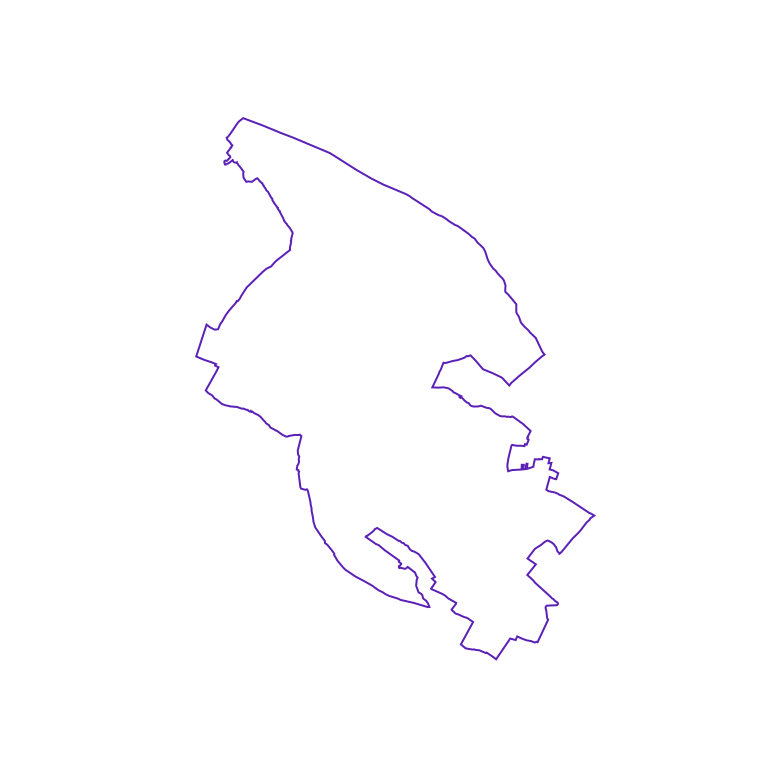 the district of Dolhesti, Iasi, Romania, rotated 329°
{"feature_id": "2599482B27646337618827", "entity_name": "Dolhesti", "entity_type": "district", "adm_level": 2, "iso_a3": "ROU", "parent_name": "Romania", "parent_adm1": "Iasi", "projection": "albers", "projection_center": [27.913, 46.869], "detail": "fine", "context": "isolated", "style": "outline", "palette": "violet", "viewbox_px": 768, "rotation_deg": 329, "n_neighbors": 0, "source": "geoboundaries", "source_scale": "gbopen_adm2", "svg_char_len": 6155}
<svg xmlns="http://www.w3.org/2000/svg" viewBox="0 0 768 768"><g transform="rotate(329 384 384)"><path d="M400.2,83.6L395.2,84.2L393.2,84.8L380.8,90.5L377.8,91.7L376.0,91.9L375.6,93.9L376.6,98.1L376.5,99.5L376.9,101.3L376.2,101.5L375.5,102.2L375.0,102.2L374.8,102.6L374.2,102.4L373.9,102.8L368.6,104.9L368.8,107.6L369.4,109.5L369.1,110.3L367.3,111.1L366.4,111.1L364.6,111.8L364.2,111.8L363.3,110.8L362.1,110.8L361.4,111.5L361.3,112.4L360.9,112.9L360.7,113.9L361.4,114.4L365.3,114.7L369.7,114.1L369.7,114.4L369.2,114.9L369.6,116.6L371.0,118.1L372.0,118.2L371.7,118.6L372.0,119.8L371.9,120.7L372.6,125.0L373.0,129.7L371.7,131.1L369.9,134.7L370.0,139.5L370.1,139.8L371.9,140.4L375.0,142.7L379.5,142.2L381.4,142.4L382.3,147.4L382.7,148.2L382.7,148.8L383.1,149.3L382.8,150.6L383.1,151.7L382.8,152.1L383.1,155.4L382.9,157.3L383.6,159.7L383.3,164.6L383.5,166.0L383.3,166.7L383.7,167.6L383.0,169.0L383.0,170.2L383.2,170.9L382.9,171.7L383.2,172.7L383.1,173.7L383.4,175.7L383.4,177.8L383.7,177.9L383.8,178.4L383.3,178.8L383.4,181.7L383.7,182.0L383.3,183.6L383.0,189.8L382.5,192.2L382.7,192.6L382.5,193.0L382.6,194.5L383.1,197.1L383.0,198.1L383.6,201.4L383.7,204.9L383.5,205.7L383.7,206.5L383.4,207.7L379.6,211.4L379.0,212.1L378.8,212.7L378.1,213.0L377.6,214.4L373.3,219.0L372.6,220.7L354.4,223.0L347.6,225.1L342.8,224.6L337.9,225.4L316.1,230.5L306.9,235.0L304.2,236.7L301.3,237.7L300.9,237.7L300.4,237.1L298.5,238.2L288.9,241.3L283.9,243.4L278.3,246.6L274.3,248.4L270.1,251.6L268.0,250.8L266.6,249.9L264.2,246.0L262.5,241.7L237.2,263.7L242.0,270.3L248.2,277.6L250.2,280.4L249.1,280.6L248.7,281.4L250.8,284.3L247.7,286.4L227.9,297.7L228.7,301.3L230.8,305.2L231.3,309.0L232.6,311.3L234.8,317.7L236.9,320.3L240.8,324.1L246.2,328.0L249.2,331.7L251.1,332.9L252.7,335.2L253.9,336.0L253.9,337.1L254.5,338.1L255.1,338.8L256.0,338.5L256.1,339.7L257.0,339.9L257.6,342.0L260.0,345.5L261.2,348.3L262.1,353.3L262.6,354.9L262.7,357.1L264.2,360.0L264.2,362.8L266.4,366.3L267.2,368.1L268.0,368.7L270.6,374.9L272.7,378.3L274.3,379.5L275.6,379.5L281.3,381.7L284.4,383.7L285.8,384.1L286.4,386.1L275.8,396.6L274.1,400.1L274.0,402.5L271.9,404.9L271.3,406.8L269.1,408.7L267.7,409.3L265.2,412.3L266.2,413.6L265.8,414.2L266.1,415.4L264.8,416.6L259.1,429.6L259.1,431.1L262.1,434.2L263.7,434.6L263.8,436.2L260.1,447.5L259.1,449.4L257.9,453.2L256.6,455.5L254.4,461.7L252.6,465.8L251.2,471.6L251.8,482.3L252.5,487.9L251.4,490.2L252.2,491.4L252.7,493.2L253.6,499.3L254.0,503.5L253.9,504.1L253.2,504.8L253.1,511.4L254.5,520.5L255.3,523.4L260.3,534.2L265.1,542.1L270.2,551.1L272.2,556.1L273.7,559.0L275.5,561.6L277.0,564.8L279.2,568.2L285.2,574.9L287.1,577.7L296.9,587.1L305.9,597.0L307.1,598.1L308.1,598.5L308.7,594.9L308.6,591.8L307.1,588.0L308.1,584.8L307.8,583.0L306.3,580.4L307.7,573.4L311.1,568.8L313.1,567.2L312.9,565.0L313.5,561.6L310.1,553.0L308.0,553.4L306.7,553.2L303.8,550.3L302.4,549.7L302.3,549.1L302.6,548.3L303.1,547.8L303.9,548.0L305.9,547.3L306.2,546.7L305.1,544.1L306.1,543.2L299.0,526.8L296.4,519.3L294.6,516.9L289.6,505.6L290.5,505.2L291.5,505.5L297.8,504.8L299.9,504.4L301.2,503.7L304.0,503.9L309.1,514.1L312.6,519.5L315.8,526.1L316.7,526.6L317.8,529.6L318.9,530.5L319.2,532.7L321.0,535.0L321.0,538.8L321.9,541.4L323.6,543.2L326.1,547.7L327.4,558.4L328.3,575.7L324.9,575.5L326.2,580.4L319.0,583.7L319.1,584.3L325.8,593.9L327.4,596.8L328.7,601.0L333.1,608.8L332.5,609.5L325.7,612.2L325.8,613.3L326.7,615.7L326.7,616.4L327.2,617.8L328.8,619.5L332.4,624.7L334.9,627.5L337.8,633.9L315.8,646.8L317.8,652.6L323.2,657.3L324.6,657.9L325.6,659.2L328.4,661.2L332.8,667.2L333.6,667.1L336.5,673.1L338.3,677.7L361.1,667.2L365.0,671.3L368.2,669.0L371.7,674.1L374.5,677.4L377.5,680.0L380.1,683.2L382.3,683.7L382.7,684.4L403.3,670.6L403.3,668.6L406.5,661.6L407.1,659.2L407.9,658.2L409.3,657.8L418.0,662.5L419.0,662.6L420.1,661.7L420.2,660.7L419.0,658.4L418.4,655.6L417.6,654.3L417.3,652.6L411.1,632.0L410.8,629.3L408.5,621.5L421.3,616.8L417.1,607.5L428.5,603.0L436.1,602.8L440.4,602.1L443.4,602.3L444.5,603.5L446.2,606.4L447.0,608.7L447.4,612.5L446.5,617.0L447.0,618.7L446.9,619.9L447.2,619.9L450.0,619.3L466.0,613.6L475.5,611.3L486.5,607.0L490.3,606.3L491.6,605.4L496.5,605.1L494.9,602.1L493.4,600.0L485.2,582.7L480.1,572.8L477.1,569.0L476.8,568.0L474.5,564.9L469.9,560.7L468.7,558.2L478.2,549.1L481.2,553.1L482.6,554.3L487.4,550.2L484.5,545.1L482.0,542.6L486.8,537.9L484.2,536.6L487.8,533.1L482.7,528.3L480.7,529.9L478.0,528.1L477.7,528.3L474.5,526.2L470.9,530.0L469.5,531.9L463.2,530.5L464.5,528.0L465.9,526.3L465.1,525.7L463.6,527.2L461.9,530.0L459.5,528.9L462.2,525.3L460.5,524.2L457.9,528.2L449.4,523.7L445.5,522.7L447.1,518.5L448.3,516.6L452.6,511.5L461.5,502.5L462.5,502.2L465.8,505.2L469.2,507.2L472.4,509.6L473.8,508.1L474.7,508.9L475.0,509.5L479.2,506.4L479.3,506.1L478.6,505.0L479.6,504.3L479.3,503.7L485.5,499.8L482.6,489.9L477.6,478.2L476.9,477.7L475.6,477.7L473.9,476.1L472.3,475.4L470.9,473.9L468.7,472.7L466.9,471.1L464.2,466.3L462.8,460.7L461.9,459.0L459.6,457.2L456.0,452.6L453.3,451.8L449.2,449.5L447.4,447.6L447.0,446.5L446.8,444.1L445.4,442.3L444.5,439.6L444.1,437.3L443.6,435.7L443.9,434.9L442.4,435.2L442.0,434.2L442.1,433.7L443.2,433.2L440.2,428.1L439.2,426.8L439.2,425.6L437.2,421.1L433.6,417.7L428.7,415.1L423.7,411.8L436.2,403.5L438.1,401.9L439.8,401.1L445.9,396.4L447.5,397.7L454.8,399.7L459.6,401.5L466.4,402.9L469.4,402.6L470.5,403.6L472.9,404.0L474.5,410.6L476.4,422.2L482.7,430.7L488.0,438.7L488.6,440.2L490.6,449.8L493.8,448.6L503.7,446.8L517.1,444.9L524.6,443.2L533.6,441.7L536.7,441.5L536.3,437.6L537.8,422.7L535.8,415.4L535.3,411.9L534.0,407.6L533.0,401.8L534.3,395.8L534.2,392.7L534.4,390.5L538.5,383.8L536.8,372.7L536.3,370.1L535.6,368.4L535.6,367.0L538.9,362.1L540.1,357.0L539.9,354.2L539.2,351.9L538.3,347.2L538.1,344.6L537.1,341.1L536.7,336.8L536.7,334.4L537.1,330.4L538.9,322.9L539.2,318.7L537.9,313.8L537.0,311.2L536.6,306.1L535.0,302.9L533.9,298.9L528.8,287.0L526.5,283.7L523.2,277.1L522.8,275.6L520.7,271.2L519.5,269.3L517.8,267.5L513.9,261.0L512.9,257.4L503.9,239.1L502.6,235.9L500.6,232.5L486.4,213.1L479.0,201.4L470.7,186.4L456.7,158.4L432.6,125.5L424.5,115.2L412.7,99.3L400.2,83.6Z" fill="none" stroke="#5b21b6" stroke-width="2"/></g></svg>